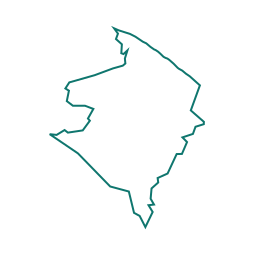 Tyler, West Virginia, United States of America, rotated 80°
{"feature_id": "52423323B75939807173919", "entity_name": "Tyler", "entity_type": "district", "adm_level": 2, "iso_a3": "USA", "parent_name": "United States of America", "parent_adm1": "West Virginia", "projection": "natural_earth1", "projection_center": [-80.928, 39.451], "detail": "fine", "context": "isolated", "style": "outline", "palette": "teal", "viewbox_px": 256, "rotation_deg": 80, "n_neighbors": 0, "source": "geoboundaries", "source_scale": "gbopen_adm2", "svg_char_len": 948}
<svg xmlns="http://www.w3.org/2000/svg" viewBox="0 0 256 256"><g transform="rotate(80 128 128)"><path d="M60.5,83.2L58.1,85.1L56.0,87.3L55.2,88.6L51.9,91.9L47.8,95.3L45.6,98.4L39.4,104.8L35.7,109.7L30.2,120.2L27.4,124.4L33.3,121.5L38.3,124.4L44.5,119.5L53.2,121.6L54.4,119.6L51.5,115.1L59.0,119.0L64.0,119.4L65.7,122.3L66.7,132.4L70.2,151.6L72.9,177.9L78.2,182.8L81.0,179.7L90.9,183.6L96.5,178.4L98.6,166.5L103.2,158.8L111.7,165.8L114.2,164.3L122.5,173.0L122.1,188.0L119.0,190.8L122.4,199.5L120.5,206.2L144.3,181.7L182.5,155.7L190.7,138.2L212.6,136.8L216.6,131.8L228.6,128.1L215.0,118.3L207.6,121.2L207.9,115.7L201.6,118.0L191.6,115.3L186.9,107.7L182.4,107.5L179.7,96.9L162.1,84.6L162.9,79.4L152.1,72.3L146.7,76.0L145.1,65.1L138.5,61.3L137.4,52.7L135.1,52.2L121.6,63.1L98.5,49.8L87.8,58.2L84.6,61.5L80.9,64.6L78.5,67.6L77.3,68.7L72.6,71.9L68.0,75.6L66.5,77.1L65.4,79.0L64.0,80.7L60.5,83.2Z" fill="none" stroke="#0f766e" stroke-width="2"/></g></svg>